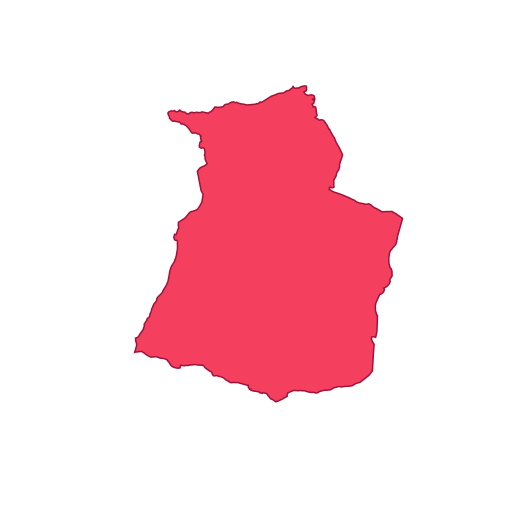 outline of Pojorata, Suceava, Romania, rotated 316°
{"feature_id": "2599482B93578143762204", "entity_name": "Pojorata", "entity_type": "district", "adm_level": 2, "iso_a3": "ROU", "parent_name": "Romania", "parent_adm1": "Suceava", "projection": "mercator", "projection_center": [25.425, 47.481], "detail": "fine", "context": "isolated", "style": "filled", "palette": "rose", "viewbox_px": 512, "rotation_deg": 316, "n_neighbors": 0, "source": "geoboundaries", "source_scale": "gbopen_adm2", "svg_char_len": 6140}
<svg xmlns="http://www.w3.org/2000/svg" viewBox="0 0 512 512"><g transform="rotate(316 256 256)"><path d="M243.3,419.2L254.4,420.3L260.0,419.5L270.6,409.6L279.5,401.7L280.6,397.4L282.1,395.0L283.1,394.7L284.8,396.1L285.6,397.6L290.3,394.5L298.4,386.8L302.1,383.0L302.2,381.6L302.6,380.7L303.4,379.8L303.3,379.2L306.6,375.3L309.3,373.2L318.2,369.6L319.1,370.1L320.9,370.5L323.0,370.4L325.2,369.3L325.5,367.9L327.4,368.5L329.3,368.8L332.0,368.7L334.7,367.7L335.9,365.9L340.0,364.9L343.1,361.6L344.3,359.3L344.5,357.5L345.4,355.6L346.5,353.6L350.5,349.3L354.7,346.3L356.4,345.6L364.7,344.7L366.9,343.6L367.6,343.1L367.9,342.5L369.2,342.0L371.2,340.3L387.5,330.8L387.2,328.7L386.3,324.7L386.1,322.9L385.3,320.6L384.7,318.3L382.5,316.4L379.7,313.7L377.4,311.9L376.3,307.9L375.4,305.0L374.6,303.5L374.6,302.7L374.2,301.4L374.2,299.2L373.9,298.1L373.2,296.6L371.5,295.7L370.2,294.0L369.2,292.3L367.1,289.6L365.9,286.7L365.5,284.2L364.2,281.3L363.3,278.5L361.1,273.3L359.4,269.6L356.5,264.1L355.6,261.6L355.2,259.2L354.9,259.0L356.9,257.7L357.4,258.8L358.1,259.8L359.5,260.7L359.8,260.7L360.6,259.9L361.6,258.5L362.9,257.5L363.3,256.5L364.1,256.1L364.3,255.7L365.5,255.3L365.9,255.0L366.3,255.0L368.9,254.2L372.1,252.1L373.2,252.0L374.0,251.7L375.4,251.5L378.3,249.7L379.8,248.1L388.5,243.5L390.8,237.0L392.6,229.9L394.5,225.4L394.8,223.2L395.9,218.9L396.9,215.9L396.5,215.5L397.9,211.6L398.8,206.1L398.8,205.3L398.5,204.6L397.4,203.1L395.9,202.3L395.7,201.8L395.7,200.9L395.7,200.5L395.2,199.5L394.7,197.3L397.5,197.4L399.9,193.7L401.3,192.0L401.3,191.8L402.0,190.8L402.3,190.5L402.2,189.9L401.8,189.3L400.8,188.7L401.5,187.1L401.7,185.8L402.8,186.0L403.4,186.3L403.7,186.2L405.2,185.2L406.0,184.9L405.8,183.7L405.7,183.6L405.6,182.6L406.2,182.6L406.4,183.2L407.1,184.1L407.3,184.0L408.4,182.4L409.1,180.8L407.8,178.5L404.7,176.4L404.0,173.7L404.0,173.2L404.2,171.5L404.4,171.3L404.8,171.3L405.3,171.4L406.7,172.1L407.8,171.6L409.4,170.0L410.2,168.8L408.9,167.2L405.9,165.4L404.7,165.1L403.8,165.0L400.6,162.4L400.2,161.5L400.4,159.8L399.0,160.3L397.3,160.0L395.0,159.9L392.8,158.5L389.0,157.8L386.2,155.4L384.1,154.2L382.1,153.6L378.1,151.7L367.8,149.6L366.6,149.0L366.0,148.1L365.6,148.5L364.5,148.0L363.1,147.8L363.0,147.4L362.5,147.0L361.6,146.6L361.3,146.6L354.4,141.1L353.8,140.1L353.6,139.9L352.4,137.9L350.9,136.2L350.4,135.2L349.3,133.4L349.0,132.5L348.6,131.7L347.6,131.3L347.1,130.5L347.1,129.7L345.4,128.4L344.0,127.9L341.6,127.4L340.1,126.2L339.0,125.6L338.0,125.5L336.0,125.7L335.1,125.2L331.7,122.5L330.6,121.0L329.9,120.3L327.6,120.6L326.4,120.9L323.2,120.7L322.4,120.2L320.6,120.2L320.1,118.7L319.4,118.1L318.6,116.7L317.2,114.8L316.0,114.4L314.5,113.1L313.0,111.2L310.8,110.0L310.8,109.6L309.8,108.2L309.0,107.5L307.8,107.1L305.9,107.0L304.9,105.0L305.0,103.5L304.0,102.3L303.2,100.9L302.6,99.4L302.6,98.0L301.9,97.8L300.9,98.1L299.3,97.3L298.5,96.6L298.4,94.7L297.2,94.3L295.9,93.0L295.7,92.6L293.2,91.7L292.6,91.8L292.0,92.0L291.3,92.9L290.8,94.1L290.7,95.2L289.4,97.0L289.6,98.5L289.4,99.5L289.5,100.2L289.6,100.8L290.3,101.8L291.1,102.4L293.3,105.8L294.0,106.3L294.1,107.5L293.8,108.8L294.2,109.5L295.1,110.0L295.7,111.6L296.3,113.8L296.3,115.7L296.1,118.3L295.8,120.1L295.5,120.9L295.5,122.6L295.4,123.0L295.6,123.5L295.8,123.7L296.9,124.3L297.3,125.0L298.1,125.5L298.6,126.8L298.8,127.6L299.2,127.9L299.7,129.3L299.8,131.7L299.7,131.8L299.0,131.5L298.5,132.3L297.5,133.6L296.4,135.3L296.6,135.6L296.3,135.7L295.4,135.3L294.6,135.3L292.1,137.1L291.1,138.0L290.9,138.4L291.1,138.9L291.1,139.5L291.7,140.7L292.8,141.1L293.2,141.6L293.5,142.7L292.1,145.1L290.3,147.0L289.5,147.2L288.8,148.1L287.7,150.2L287.0,150.5L286.3,151.7L285.4,154.3L285.1,155.6L284.1,155.7L281.8,155.4L279.4,154.5L277.6,153.9L276.0,153.8L272.7,154.3L261.9,170.9L260.8,174.9L254.5,179.6L250.5,180.9L246.1,181.8L241.6,180.0L240.6,179.2L238.8,178.6L231.3,179.4L223.6,177.9L221.7,179.6L219.8,182.2L218.7,182.4L213.4,185.2L212.5,183.8L209.8,185.5L209.7,185.7L209.6,186.2L209.3,186.5L208.9,187.3L208.8,188.4L209.0,188.9L210.0,189.8L209.2,191.6L207.9,192.5L207.0,193.7L204.3,196.4L198.7,200.6L197.8,201.0L197.0,201.7L194.7,202.5L193.6,203.3L188.2,204.6L186.0,205.6L183.2,207.2L179.5,210.0L174.9,213.2L170.4,215.0L166.7,215.9L164.9,216.4L163.8,217.0L162.0,217.3L157.9,217.3L156.3,217.4L154.8,217.9L153.5,218.9L151.6,219.5L150.1,219.4L148.2,220.0L145.6,221.1L143.6,222.0L142.2,223.1L139.4,224.1L137.6,225.6L136.4,225.7L134.3,225.5L133.7,225.7L132.6,226.4L131.1,226.7L130.0,227.0L128.7,227.2L127.9,227.6L127.3,228.6L123.3,230.7L119.9,231.2L116.4,232.1L114.7,232.4L112.3,231.4L110.6,233.3L109.3,235.9L107.8,237.6L101.8,241.0L102.3,241.2L107.6,245.3L107.7,246.6L108.2,248.3L108.4,250.1L109.2,253.4L110.1,255.7L114.2,259.1L114.9,260.2L115.6,261.6L116.0,262.7L116.9,263.9L117.7,264.6L119.1,266.9L119.9,269.0L120.0,269.3L119.6,270.3L119.5,270.7L119.7,271.2L118.9,274.8L118.8,276.6L119.2,278.1L119.9,279.7L121.4,281.9L123.0,283.3L123.3,283.7L124.7,283.1L125.8,282.2L127.6,284.3L127.9,285.0L129.4,285.9L131.1,287.6L132.6,288.4L134.4,290.0L136.2,291.2L137.6,292.7L137.8,293.2L138.3,293.9L139.9,295.6L140.0,295.5L141.2,297.0L141.5,297.3L142.2,298.5L141.8,300.8L141.9,302.3L142.5,305.6L143.4,309.0L142.6,310.3L142.3,311.6L142.3,312.9L144.8,314.9L145.8,317.1L146.9,318.3L148.0,321.1L148.3,324.3L148.9,326.1L149.2,327.7L149.9,329.6L150.2,330.0L152.0,331.4L155.1,334.6L160.0,343.0L160.6,343.5L159.3,345.1L159.1,346.0L159.0,346.7L158.7,347.4L159.7,348.4L159.1,349.0L160.2,351.1L162.5,354.0L162.7,354.4L163.8,355.9L163.7,357.0L165.1,359.2L166.2,359.3L166.4,359.5L167.4,361.3L167.8,361.9L168.0,362.7L168.0,363.3L167.9,363.8L167.6,364.7L167.6,367.0L167.3,368.7L167.5,369.3L168.3,371.1L169.0,374.7L170.8,375.6L173.2,376.4L173.8,376.7L174.7,376.9L176.4,377.5L177.8,377.7L180.9,378.6L181.4,377.9L184.0,376.6L188.1,378.2L189.9,379.0L192.9,382.4L193.6,382.7L197.7,387.2L198.1,388.3L200.3,391.8L202.7,394.1L203.4,395.2L204.0,396.4L206.2,397.5L207.2,397.4L211.9,400.0L214.4,402.3L217.1,404.2L220.4,404.8L222.6,406.2L224.2,406.8L225.2,407.8L226.6,409.7L228.7,411.0L232.9,414.6L235.0,416.1L240.0,417.3L241.1,418.1L243.3,419.2Z" fill="#f43f5e" stroke="#9f1239" stroke-width="1.5"/></g></svg>